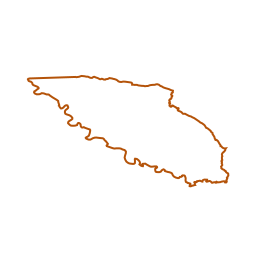 outline of Yaguará, Huila, Colombia, rotated 99°
{"feature_id": "7082276B512677824118", "entity_name": "Yaguará", "entity_type": "district", "adm_level": 2, "iso_a3": "COL", "parent_name": "Colombia", "parent_adm1": "Huila", "projection": "equal_earth", "projection_center": [-75.497, 2.631], "detail": "fine", "context": "isolated", "style": "outline", "palette": "amber", "viewbox_px": 256, "rotation_deg": 99, "n_neighbors": 0, "source": "geoboundaries", "source_scale": "gbopen_adm2", "svg_char_len": 5753}
<svg xmlns="http://www.w3.org/2000/svg" viewBox="0 0 256 256"><g transform="rotate(99 128 128)"><path d="M173.8,52.8L173.3,53.2L173.0,53.3L172.5,53.3L171.5,53.1L171.4,53.2L171.3,53.9L171.2,54.0L171.0,53.9L170.8,53.3L170.8,51.9L170.6,51.7L170.2,51.8L169.7,51.5L169.4,50.2L168.9,49.0L168.8,48.7L168.9,48.1L169.3,46.8L169.3,46.1L168.6,46.1L168.0,46.0L167.6,45.6L167.0,44.5L166.7,41.8L167.8,41.7L168.0,41.9L168.2,42.3L168.4,42.4L168.5,42.3L168.7,42.0L168.6,41.6L168.4,40.9L167.8,39.9L167.6,39.4L167.6,38.7L168.2,37.4L168.9,36.7L168.9,36.2L168.8,35.8L168.5,35.5L168.1,34.4L168.0,33.9L168.3,32.9L168.3,32.5L168.1,32.4L167.5,32.6L167.2,32.3L167.3,31.8L167.6,31.3L167.7,31.0L167.0,28.3L166.4,27.3L165.8,25.6L165.6,24.9L165.6,23.9L166.0,23.6L166.5,23.6L166.5,23.3L166.5,22.7L166.2,22.3L165.4,22.1L164.3,22.6L163.7,22.4L163.4,22.5L162.8,22.2L162.4,22.3L161.8,22.0L161.6,22.1L161.4,22.4L160.9,22.1L160.3,22.0L159.5,21.5L158.8,21.5L158.1,21.8L157.4,21.9L157.1,22.2L157.0,22.8L156.3,24.2L155.4,24.6L155.2,24.9L155.1,25.2L155.1,25.8L154.7,26.0L154.3,26.6L154.0,27.9L153.7,28.7L153.2,29.3L153.1,29.5L152.5,29.5L151.6,30.0L150.3,29.3L149.9,29.1L148.9,29.4L148.4,29.9L147.8,30.0L147.2,29.8L146.8,29.9L146.5,30.0L146.4,30.3L146.2,30.5L145.3,30.4L144.8,29.9L143.7,30.4L142.0,30.7L141.8,30.7L141.2,30.4L139.6,31.1L139.1,31.1L138.3,30.9L136.8,29.9L136.4,29.4L134.7,28.5L133.4,28.5L132.8,28.2L133.1,29.2L133.0,30.3L132.8,31.1L132.3,32.1L131.5,32.9L131.3,33.4L131.4,33.8L130.3,34.1L129.6,34.9L127.0,37.0L126.7,37.3L126.5,37.9L126.0,38.4L125.9,38.7L126.1,39.6L125.7,39.7L125.1,40.5L122.9,41.5L122.5,42.0L121.3,43.0L121.0,43.4L119.6,43.8L119.3,44.4L119.0,45.1L118.3,45.8L117.9,45.9L116.1,49.0L115.7,50.0L115.6,50.8L113.5,52.6L112.9,53.4L111.7,55.7L111.4,56.9L111.0,57.9L110.4,58.8L107.9,64.1L107.3,66.3L106.8,67.4L106.5,69.7L105.0,74.0L105.3,75.3L105.3,76.0L104.9,76.6L104.3,77.2L103.9,77.9L103.5,79.0L103.3,80.2L102.9,81.4L102.7,81.6L102.4,81.7L102.1,81.3L101.5,81.1L100.7,81.1L100.5,81.3L100.5,81.9L100.8,82.6L100.8,83.0L100.6,83.4L100.2,83.7L99.4,86.0L98.9,87.0L98.8,87.5L98.9,87.9L99.6,88.0L100.1,88.5L100.3,88.9L100.2,89.4L99.7,89.6L99.6,90.4L99.5,90.5L98.6,90.6L97.1,90.3L97.0,90.5L96.9,91.2L96.4,91.3L95.6,90.8L95.3,91.0L94.7,91.2L94.5,91.5L94.3,91.6L93.6,91.4L92.9,90.9L92.7,90.3L91.9,89.8L91.3,89.8L90.7,89.9L90.3,89.5L89.9,89.3L89.3,89.3L89.0,90.0L88.2,90.6L87.7,90.3L86.8,90.4L86.6,90.2L86.2,89.6L85.7,89.3L85.2,89.4L84.9,89.5L84.1,89.5L83.9,91.2L83.2,93.7L82.8,97.1L82.4,99.4L81.5,101.5L81.5,102.4L80.4,104.3L80.3,105.3L80.2,106.0L80.5,107.1L81.1,108.2L81.6,110.6L82.0,112.1L82.4,113.2L83.4,114.9L83.6,116.1L84.1,117.8L84.0,118.5L84.0,119.5L84.1,120.3L84.2,120.9L84.3,124.5L84.0,125.9L84.1,126.7L84.4,128.2L84.4,129.6L84.6,130.7L83.2,131.0L82.7,131.6L82.6,132.8L82.7,138.2L82.9,140.0L83.6,141.8L83.7,142.8L83.7,143.5L83.4,144.9L82.7,145.8L82.1,147.3L81.8,149.1L81.8,150.2L81.6,151.4L81.6,154.2L82.3,155.0L82.8,155.9L83.3,157.6L83.8,158.1L83.9,159.7L83.7,160.2L83.5,161.1L83.5,161.7L84.0,162.5L84.2,163.2L84.1,163.7L83.4,165.8L83.1,167.8L82.7,169.2L83.0,170.2L84.0,171.1L84.2,171.7L84.3,173.1L83.6,175.6L83.8,176.9L83.7,179.2L83.8,180.9L83.9,182.2L85.1,184.4L85.9,187.0L85.8,187.9L85.9,188.4L94.5,233.2L94.8,233.5L95.0,234.2L95.5,234.5L96.2,234.1L97.0,233.5L97.2,233.0L97.4,231.9L97.4,231.3L98.0,230.2L98.7,229.5L99.8,229.1L100.4,228.3L100.8,226.7L101.3,224.4L101.6,223.5L102.3,222.6L102.9,222.5L104.2,223.9L105.5,225.0L106.6,226.3L107.7,226.3L108.6,225.2L109.0,223.4L108.6,221.1L108.0,219.8L107.1,218.7L107.0,216.6L107.5,214.1L107.6,213.2L107.3,212.3L107.5,211.1L108.0,210.5L109.5,207.4L111.4,202.7L112.2,201.2L113.4,200.9L116.1,199.5L116.7,199.7L116.8,199.4L117.5,199.1L118.3,198.4L119.2,197.3L119.0,196.4L118.0,195.1L117.2,194.6L116.1,193.9L115.4,193.0L115.1,192.1L115.2,191.3L116.8,190.3L117.7,190.4L118.4,190.9L120.0,192.4L120.6,192.7L121.4,192.9L122.7,192.7L123.7,192.1L124.1,191.0L124.6,187.8L125.4,186.0L126.6,184.6L127.7,184.4L128.7,185.2L130.2,187.0L131.1,187.8L132.0,188.0L132.7,187.9L134.2,185.7L134.6,184.6L134.3,182.1L133.9,180.5L133.1,178.8L132.1,178.6L131.2,178.3L130.8,177.8L130.8,176.8L131.5,175.7L132.4,175.2L133.4,175.0L133.8,174.8L134.3,174.3L134.7,173.6L134.6,172.7L134.1,171.8L134.5,170.7L135.2,167.1L135.4,165.5L136.0,165.0L137.6,164.9L139.2,165.0L141.6,165.4L142.3,166.0L143.0,166.7L143.6,167.7L144.4,168.2L145.0,167.6L145.6,165.3L145.4,163.5L144.7,162.4L143.7,161.3L142.7,159.3L142.4,157.9L142.3,154.7L142.1,151.2L142.7,150.0L143.6,149.3L144.0,148.7L144.6,147.7L146.8,145.4L147.2,145.5L148.6,146.4L149.2,146.1L150.2,140.7L150.4,139.1L150.4,138.0L149.9,136.4L149.4,132.9L149.6,131.2L150.0,130.3L150.3,127.9L151.5,126.4L153.1,126.2L155.8,126.6L157.8,126.7L159.6,125.8L161.4,124.4L162.3,122.8L162.8,121.2L162.8,119.7L162.7,117.3L162.3,116.3L161.6,115.7L159.8,115.9L157.7,116.4L157.2,116.2L157.2,114.4L158.1,112.7L159.3,111.3L160.7,110.6L162.2,111.0L163.2,109.2L163.4,108.2L163.4,107.3L163.1,107.2L162.8,107.3L162.2,108.5L161.6,108.3L161.1,107.9L160.5,105.3L161.1,104.1L162.4,100.5L162.6,99.4L162.5,98.4L161.8,95.9L161.5,93.9L161.8,93.3L162.3,93.1L162.8,93.4L163.2,93.8L163.5,94.4L163.9,94.7L164.6,94.7L166.0,94.3L166.7,93.9L167.0,93.3L167.0,92.5L166.8,90.8L166.6,89.9L166.0,88.8L165.5,88.5L164.7,88.2L164.2,87.7L163.3,86.6L163.4,86.0L163.7,85.3L164.0,85.0L164.7,84.8L164.8,84.5L165.2,81.7L165.2,80.2L165.5,78.5L166.0,77.4L167.0,76.8L168.0,76.0L168.9,74.8L169.5,72.9L169.7,70.7L169.2,69.6L168.2,69.2L167.9,67.8L167.3,67.1L166.7,67.2L166.2,66.5L166.1,64.9L166.3,64.5L166.8,64.1L168.5,63.2L170.6,63.0L172.0,62.5L172.3,62.2L172.6,60.8L172.9,60.6L173.0,60.3L172.9,59.8L173.2,57.8L173.6,57.5L174.1,57.9L174.8,58.1L175.8,58.0L175.8,57.1L175.7,56.8L174.8,55.2L174.5,54.3L174.1,53.7L173.8,52.8Z" fill="none" stroke="#b45309" stroke-width="2"/></g></svg>